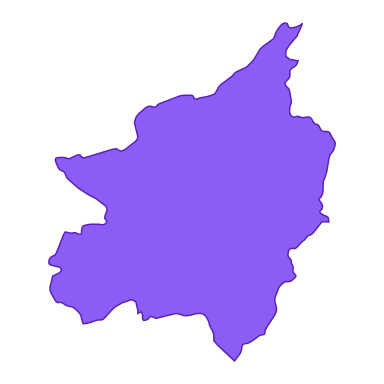 the border of Phitsanulok
{"feature_id": "THA-396", "entity_name": "Phitsanulok", "entity_type": "Province", "adm_level": 1, "iso_a3": "THA", "parent_name": "Thailand", "parent_adm1": "", "projection": "orthographic", "projection_center": [100.549, 17.027], "detail": "fine", "context": "isolated", "style": "filled", "palette": "violet", "viewbox_px": 384, "rotation_deg": 0, "n_neighbors": 0, "source": "natural_earth", "source_scale": "10m", "svg_char_len": 5334}
<svg xmlns="http://www.w3.org/2000/svg" viewBox="0 0 384 384"><path d="M302.3,23.1L301.9,25.0L296.9,36.2L289.0,45.6L285.8,50.8L285.9,56.3L289.6,59.3L298.1,60.8L297.0,63.6L296.2,65.1L295.7,65.7L295.1,66.3L294.4,66.8L292.3,67.9L291.0,69.0L290.5,69.6L290.2,70.3L289.9,71.5L289.9,75.6L289.7,76.9L289.2,77.9L286.0,81.5L285.5,82.2L285.1,82.9L285.2,84.0L285.7,85.3L287.1,87.2L288.1,88.1L288.9,89.1L289.6,90.9L291.3,101.1L291.3,102.7L290.1,105.9L289.8,108.0L289.6,110.1L289.7,112.2L290.0,113.6L290.7,115.2L292.5,116.7L293.7,117.1L294.7,117.1L295.5,116.8L297.2,116.3L298.1,116.4L299.0,116.6L300.6,117.2L301.5,117.5L302.4,117.6L303.4,117.6L307.4,117.0L308.4,117.0L309.3,117.2L310.1,117.5L310.8,118.0L311.6,119.0L313.9,122.9L315.0,123.7L316.1,124.2L317.0,124.4L317.8,124.7L318.4,125.2L318.9,125.9L320.8,129.6L321.3,130.3L321.9,130.8L322.7,131.2L323.6,131.4L324.6,131.5L326.8,131.5L327.8,131.7L328.6,131.9L329.3,132.4L330.0,133.2L330.5,134.2L331.7,136.7L334.8,141.7L335.1,142.4L335.2,143.6L335.1,145.1L333.8,149.5L333.2,150.7L330.7,153.9L329.9,155.3L329.0,157.9L326.8,171.4L324.6,178.4L323.5,180.8L323.2,182.5L323.0,190.5L322.7,192.9L322.3,194.5L320.6,197.4L320.1,197.9L319.5,198.3L319.0,198.7L319.0,198.9L319.1,199.5L319.6,200.7L321.1,202.7L322.0,204.2L322.5,205.8L322.3,208.2L321.7,209.3L320.9,210.2L320.3,210.6L319.7,211.2L319.8,212.1L320.6,213.2L323.2,215.0L326.1,216.2L327.0,216.5L328.3,217.9L328.8,222.0L323.2,221.7L322.3,221.9L321.5,222.3L314.5,231.3L312.6,233.4L311.1,234.6L308.6,235.4L307.6,236.2L304.6,239.8L302.5,241.5L302.0,241.8L301.6,242.2L296.6,247.6L295.1,248.5L293.9,248.7L293.1,248.4L292.3,248.3L291.3,248.5L290.1,248.9L289.1,249.9L288.4,251.4L287.9,254.4L288.1,255.9L288.5,257.0L290.1,258.7L290.6,259.3L291.0,259.9L291.3,260.7L291.2,262.0L291.3,262.9L291.6,263.7L292.0,264.5L292.4,265.2L292.8,265.9L293.1,266.7L293.2,267.6L292.9,270.5L293.0,271.4L293.3,272.3L293.8,273.0L295.4,274.8L295.8,275.5L295.8,276.3L295.2,277.5L291.4,280.8L289.9,281.4L288.8,281.6L286.7,281.6L284.9,282.0L283.4,282.7L279.9,286.1L279.2,287.3L278.3,288.9L275.1,297.4L274.7,299.3L274.8,300.3L275.3,303.1L276.2,306.6L276.5,308.5L276.5,309.6L276.4,310.6L276.2,311.6L274.9,314.8L267.0,326.9L265.4,330.0L264.6,332.2L264.9,333.0L264.6,333.9L263.8,334.5L260.7,335.1L258.8,336.0L252.1,341.0L248.2,343.1L243.5,344.1L242.7,344.8L242.1,346.1L241.6,348.9L240.4,353.1L234.5,361.0L217.8,345.3L213.9,340.8L213.8,334.4L212.5,331.1L209.8,325.7L209.3,324.3L209.2,323.1L209.2,322.9L208.1,320.3L206.0,316.4L204.0,314.7L202.2,313.6L200.9,313.5L198.7,313.4L194.9,313.9L190.4,315.2L186.3,315.7L185.3,315.7L184.0,315.6L178.4,313.8L176.4,313.6L175.4,313.6L161.1,317.1L155.7,318.4L154.6,317.7L152.4,316.8L150.2,316.5L148.2,318.9L146.0,320.1L143.7,320.4L142.7,319.3L142.5,314.8L142.0,313.2L140.9,311.8L140.1,312.4L137.9,313.4L137.9,310.3L136.5,305.0L136.1,302.2L132.8,300.0L132.0,299.7L131.2,299.7L122.0,302.9L116.3,306.2L113.6,308.1L103.7,318.8L103.2,319.2L102.7,319.5L101.9,319.8L100.9,319.9L97.8,320.0L96.8,320.2L89.3,322.8L88.0,323.0L87.1,323.3L83.1,323.8L81.5,318.6L81.1,315.9L80.3,314.4L78.9,312.5L75.4,309.0L73.5,307.6L72.0,306.8L68.2,306.1L67.2,305.8L65.6,305.1L63.6,303.7L62.2,302.9L61.4,302.5L60.5,302.3L58.6,302.6L57.6,302.5L56.7,302.1L55.8,301.3L52.0,294.8L50.6,291.8L50.0,290.0L50.1,286.5L52.8,276.0L59.7,272.7L60.5,271.7L61.3,270.1L61.1,269.1L60.7,268.2L60.2,267.7L59.5,267.2L51.1,265.1L50.0,264.6L49.0,263.4L48.8,262.0L49.1,260.1L49.5,259.1L50.0,258.2L51.1,257.0L52.5,256.2L54.9,255.2L56.4,252.8L63.7,234.4L65.1,232.1L66.0,232.1L70.6,233.1L71.6,233.1L74.3,232.7L75.2,232.7L75.7,232.8L77.7,233.8L78.7,234.1L79.6,234.3L80.8,234.2L81.3,233.6L81.5,232.8L81.6,230.0L82.1,227.6L82.8,226.5L83.5,225.7L87.1,224.8L91.0,224.2L99.6,224.3L101.5,224.7L102.7,224.7L103.9,224.6L105.9,223.4L106.5,222.4L106.7,221.4L106.4,220.5L106.0,219.9L104.9,218.7L104.8,217.4L105.1,215.6L106.4,212.3L107.0,209.6L106.9,208.7L106.4,207.0L106.0,206.3L105.4,205.8L96.1,198.7L88.1,194.5L78.4,188.2L67.5,178.6L67.0,178.0L66.6,177.3L65.0,173.3L64.1,171.9L62.6,171.0L61.8,170.7L60.2,169.9L59.6,169.5L59.1,168.9L58.6,168.2L56.3,163.4L55.4,160.2L55.5,159.0L56.0,158.2L56.8,157.8L60.8,157.4L63.9,157.5L64.9,157.7L65.8,157.9L66.6,158.3L68.4,158.7L69.4,158.6L70.2,158.5L71.8,157.5L78.2,154.7L80.1,155.1L80.8,156.0L81.6,156.8L83.2,157.8L84.2,157.9L111.7,149.5L115.1,148.9L117.0,148.9L117.7,149.7L118.8,150.4L121.1,151.1L123.3,150.4L124.6,149.8L135.5,141.4L136.0,140.8L137.0,139.5L137.3,138.7L137.6,137.9L137.8,136.8L137.8,136.6L137.8,136.4L134.6,123.4L134.5,122.4L134.6,121.5L135.6,118.9L135.7,118.0L136.7,116.3L138.4,114.0L145.7,107.7L147.5,106.7L148.4,106.4L150.4,106.2L151.3,106.4L153.1,107.0L154.1,107.2L155.7,107.1L156.6,106.2L157.9,104.5L158.9,103.9L179.9,95.9L181.8,95.5L183.8,95.3L191.0,95.3L192.0,95.4L192.7,95.8L193.2,96.4L193.6,97.1L194.3,98.5L194.6,98.9L195.3,99.1L196.4,99.0L200.9,97.7L206.3,96.8L211.5,95.3L213.7,94.4L215.1,93.5L217.6,89.1L218.3,87.5L220.3,85.0L232.6,75.8L233.3,74.7L234.2,73.6L236.5,71.8L246.6,67.1L253.4,60.3L260.2,48.9L264.0,45.6L272.1,39.8L273.6,38.5L274.4,36.9L275.5,33.4L277.1,30.4L279.2,27.3L281.2,25.0L282.5,23.9L283.6,23.3L284.4,23.1L285.4,23.0L286.3,23.1L287.1,23.5L287.5,24.2L288.5,26.7L289.0,27.2L289.8,27.6L290.6,27.9L291.6,28.0L294.9,27.3L298.1,26.2L299.6,25.5L300.8,24.8L301.9,23.7L302.3,23.1L302.3,23.1Z" fill="#8b5cf6" stroke="#5b21b6" stroke-width="1.5"/></svg>